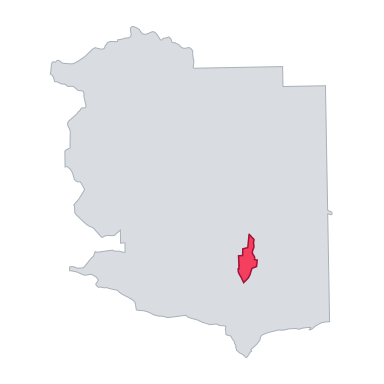 location of Barbar, River Nile, Sudan, rotated 89°
{"feature_id": "16777658B59808076214537", "entity_name": "Barbar", "entity_type": "district", "adm_level": 2, "iso_a3": "SDN", "parent_name": "Sudan", "parent_adm1": "River Nile", "projection": "mercator", "projection_center": [33.64, 18.168], "detail": "fine", "context": "in_parent", "style": "filled", "palette": "rose", "viewbox_px": 384, "rotation_deg": 89, "n_neighbors": 0, "source": "geoboundaries", "source_scale": "gbopen_adm2", "svg_char_len": 4603}
<svg xmlns="http://www.w3.org/2000/svg" viewBox="0 0 384 384"><g transform="rotate(89 192 192)"><path d="M268.6,315.7L264.9,315.7L264.5,314.8L264.6,312.4L265.0,310.6L266.3,307.7L266.0,306.1L266.2,303.8L265.2,301.2L256.3,293.8L254.6,291.7L249.8,289.8L250.6,287.7L248.7,272.4L249.7,270.7L249.9,268.0L249.9,265.6L251.1,261.7L251.2,260.0L241.7,259.9L241.6,261.6L242.0,263.5L242.0,264.3L228.8,264.3L234.1,270.3L234.3,273.0L234.0,276.2L234.1,278.3L234.4,279.7L235.8,282.4L235.7,282.9L235.4,283.5L226.0,291.5L224.5,295.2L223.2,297.2L220.5,300.4L212.0,308.9L210.6,309.5L204.1,309.8L203.5,310.0L203.0,310.4L202.7,310.3L197.1,305.3L187.7,299.3L181.6,302.4L179.9,303.6L179.8,306.5L178.9,307.9L177.2,309.5L172.7,310.6L170.3,311.4L167.4,313.1L164.7,315.8L164.5,317.2L164.8,318.5L149.0,318.4L147.9,317.4L145.6,312.9L144.0,313.2L129.6,312.7L127.6,313.1L123.4,315.0L121.4,315.3L119.2,314.4L111.7,305.6L110.0,304.5L108.3,302.4L106.7,301.5L106.1,300.8L106.0,299.9L106.0,297.9L105.5,296.7L104.3,296.4L94.1,298.5L92.7,298.2L90.5,298.6L89.8,299.0L88.9,300.1L88.8,302.6L88.5,303.8L87.7,305.1L84.8,308.1L84.2,309.4L84.3,312.7L84.1,314.4L83.7,315.2L82.4,316.5L82.0,317.2L81.5,321.4L79.9,324.0L79.5,324.9L79.4,326.7L79.2,327.3L74.6,328.7L72.9,329.7L71.8,331.1L71.5,331.7L69.6,331.2L67.1,330.8L62.2,330.4L60.3,329.7L59.4,328.7L59.7,326.1L59.2,325.6L58.5,325.1L58.0,324.0L58.1,322.7L60.6,319.7L61.1,318.2L61.8,310.7L61.6,308.5L59.6,304.3L55.0,297.1L53.8,295.7L48.1,289.7L47.4,288.8L46.0,286.3L47.5,280.8L47.6,279.3L47.2,277.7L45.8,276.5L44.5,276.4L42.8,274.9L41.6,274.3L40.7,273.0L40.0,271.2L40.4,264.7L40.1,263.8L38.6,263.5L38.3,263.1L38.4,261.8L37.6,258.1L36.7,255.0L37.1,253.4L35.9,251.0L33.6,250.0L28.9,250.8L27.5,250.7L26.5,250.2L25.8,249.4L25.5,248.4L25.8,246.9L27.1,244.1L28.7,241.8L32.1,239.7L32.9,238.6L33.4,237.4L33.5,236.0L33.3,234.5L32.9,233.2L32.0,231.3L31.1,229.2L31.0,227.8L31.5,226.8L32.4,225.5L35.7,223.1L39.0,221.1L39.6,220.4L39.4,219.6L37.8,217.9L37.4,214.7L36.5,212.4L38.2,210.7L39.5,210.1L41.5,209.6L42.2,208.9L42.5,207.6L42.4,206.3L43.1,205.3L44.1,203.2L44.8,202.3L47.4,199.9L48.0,198.3L48.2,196.8L47.5,192.2L48.9,190.3L50.9,188.8L53.6,188.9L57.9,188.5L60.8,187.9L62.8,187.9L67.5,188.7L68.0,188.4L68.3,187.2L68.2,99.2L87.8,99.2L88.1,99.1L88.1,56.7L211.7,56.7L212.7,56.6L214.6,52.6L215.5,52.3L216.7,52.5L217.2,53.4L216.2,56.7L324.1,56.7L324.3,61.6L325.2,65.4L328.2,71.0L330.8,74.0L331.7,75.6L331.8,76.4L331.7,77.1L330.9,76.3L329.6,75.7L329.4,78.3L330.0,83.6L331.1,87.4L330.3,90.8L330.4,96.6L331.8,103.5L331.5,107.9L333.8,118.3L336.0,124.0L337.2,125.4L338.5,126.1L341.1,126.6L344.9,129.5L347.9,132.6L349.0,134.1L350.5,135.9L351.5,135.6L352.1,135.1L353.1,136.5L357.8,139.6L358.5,141.0L356.8,142.4L354.8,144.8L353.9,147.0L353.3,147.7L351.8,149.1L351.5,149.8L350.8,150.2L350.1,150.2L348.4,151.0L347.0,150.7L345.5,151.2L344.9,151.7L343.7,152.1L342.1,152.4L339.6,154.3L337.5,155.2L336.7,155.9L335.6,159.7L334.8,160.6L331.5,160.7L330.0,161.1L327.8,160.6L326.8,160.7L326.5,161.5L326.1,164.7L326.2,166.1L324.4,169.7L324.9,176.5L323.2,181.6L322.9,182.7L321.1,186.8L320.2,188.3L318.0,195.8L317.1,198.1L315.2,200.5L317.2,218.5L315.6,223.9L315.6,226.9L314.5,231.4L313.6,233.4L312.2,235.9L311.0,238.6L309.9,242.2L309.2,249.1L308.9,249.7L303.2,250.5L301.4,251.0L300.2,251.8L298.7,253.5L295.8,258.3L294.3,261.3L291.9,265.3L289.1,268.2L288.6,269.6L288.1,272.1L287.1,276.2L286.1,279.1L286.3,281.4L285.4,285.5L285.6,287.4L284.6,288.5L283.3,289.6L282.4,289.8L278.4,287.1L275.6,289.0L273.9,291.6L272.5,294.2L273.3,299.8L273.2,301.0L272.9,302.4L270.2,307.8L269.5,310.3L268.6,314.7L268.6,315.7Z" fill="#d9dde1" stroke="#a8b0b8" stroke-width="1"/><path d="M247.1,131.0L246.9,131.0L245.8,131.2L243.4,131.4L242.8,131.2L241.3,130.9L240.6,130.9L240.3,130.9L239.5,131.8L239.0,132.2L238.6,132.6L238.4,132.9L238.3,133.0L236.9,134.1L236.3,134.6L235.4,135.6L235.6,135.7L238.2,136.0L248.6,137.2L249.7,142.2L256.4,142.5L256.6,146.6L263.1,146.4L265.8,146.4L266.0,146.1L266.3,145.9L266.4,146.0L266.5,146.2L266.5,146.4L266.8,146.4L267.0,146.4L267.6,146.4L269.7,146.4L269.7,147.2L272.7,147.1L274.0,146.6L274.7,146.3L276.6,145.3L277.2,144.8L279.9,143.6L282.7,142.3L283.0,142.1L283.5,141.9L280.6,138.9L279.1,137.4L278.9,137.2L278.2,136.9L276.4,135.8L276.0,135.6L272.6,134.5L269.4,133.4L267.7,128.8L267.2,128.8L266.9,128.7L264.0,128.3L263.8,128.3L261.2,128.0L261.2,128.3L261.1,128.9L261.0,129.2L260.9,129.5L260.7,130.0L260.6,130.3L260.5,130.7L259.2,130.5L258.4,130.5L257.8,130.7L256.0,131.7L255.4,132.2L253.8,132.8L252.0,132.5L250.6,132.0L249.1,131.3L248.3,131.1L247.2,131.1L247.1,131.0Z" fill="#f43f5e" stroke="#9f1239" stroke-width="1.5"/></g></svg>